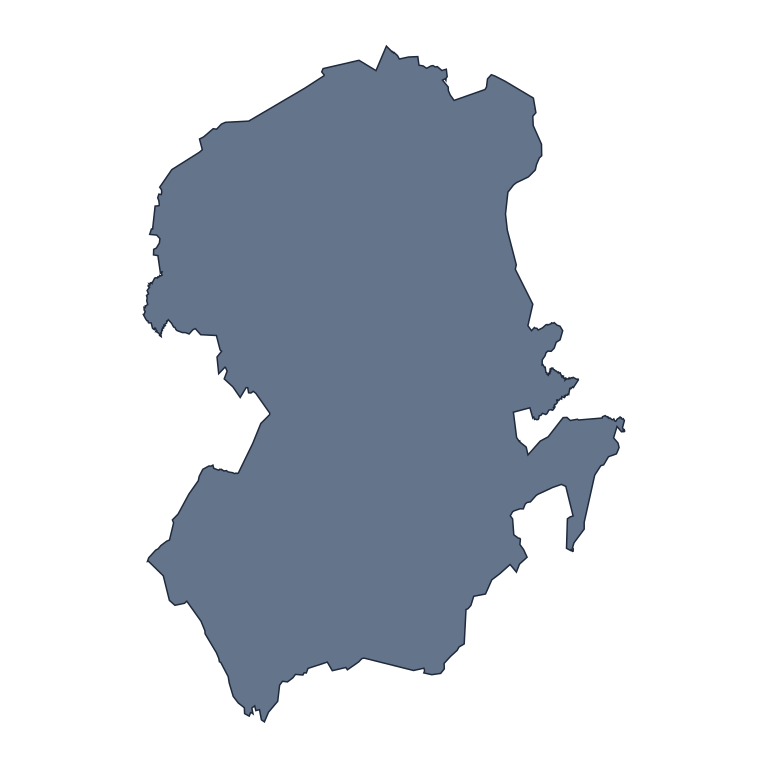 Zvārdes pag., Saldus, Latvia (Robinson projection), rotated 270°
{"feature_id": "27541924B82314272532739", "entity_name": "Zvārdes pag.", "entity_type": "district", "adm_level": 2, "iso_a3": "LVA", "parent_name": "Latvia", "parent_adm1": "Saldus", "projection": "robinson", "projection_center": [22.598, 56.546], "detail": "fine", "context": "isolated", "style": "filled", "palette": "slate", "viewbox_px": 768, "rotation_deg": 270, "n_neighbors": 0, "source": "geoboundaries", "source_scale": "gbopen_adm2", "svg_char_len": 6122}
<svg xmlns="http://www.w3.org/2000/svg" viewBox="0 0 768 768"><g transform="rotate(270 384 384)"><path d="M699.4,323.1L696.1,321.7L693.0,324.2L692.2,323.9L679.9,304.9L646.9,248.7L645.7,225.5L643.9,221.4L638.8,216.6L639.3,213.2L631.0,203.5L629.0,199.5L618.3,202.3L615.7,199.3L598.4,171.8L580.8,159.7L578.2,161.5L575.7,161.7L573.4,161.2L573.9,158.9L570.2,157.7L567.5,158.8L563.2,159.3L562.3,159.0L561.9,155.1L538.9,152.6L539.0,151.4L533.6,149.7L532.9,156.7L529.4,159.9L525.0,159.4L519.9,156.3L518.7,153.7L513.1,153.5L512.4,157.9L495.0,160.4L496.7,162.5L494.8,161.5L492.7,162.0L492.0,160.3L492.5,159.7L490.9,158.8L491.2,157.9L490.0,157.4L490.3,155.7L489.8,154.6L485.9,152.6L485.4,151.6L484.6,151.9L485.2,150.4L483.9,150.0L484.2,149.1L483.0,149.8L482.6,148.2L481.5,148.3L480.7,149.5L477.5,147.1L474.2,148.5L472.5,146.5L470.1,147.2L467.2,146.7L463.7,147.7L462.1,146.0L462.2,145.3L460.5,145.2L460.8,144.0L457.8,144.2L456.6,145.2L453.9,144.2L453.6,143.3L449.4,145.5L447.3,146.9L447.2,147.8L445.2,148.5L445.0,151.2L439.7,152.5L438.4,154.2L439.9,154.7L439.8,155.4L437.8,156.2L436.6,155.8L437.0,156.9L435.7,157.0L435.0,158.5L433.7,159.6L432.6,159.5L431.4,161.2L433.9,160.8L434.6,161.4L435.4,161.0L435.9,161.6L437.8,161.7L437.7,162.4L439.3,162.3L439.8,163.3L440.5,162.9L440.4,163.7L442.2,163.9L441.9,164.6L442.4,165.3L443.4,164.4L444.9,166.6L446.8,166.7L446.6,167.2L448.3,168.3L444.7,171.6L441.0,173.6L440.7,174.8L438.4,176.0L437.4,177.1L435.4,182.5L435.4,185.5L434.0,189.1L438.2,192.8L439.4,195.3L433.3,200.7L432.5,216.4L418.1,220.1L416.7,221.6L411.0,217.0L394.3,218.7L400.8,225.0L400.6,225.5L396.8,227.1L389.1,224.2L381.1,232.9L370.5,240.2L380.4,246.1L380.3,247.7L375.2,248.6L375.0,251.0L376.7,253.2L374.7,255.8L354.8,269.8L353.3,269.6L344.5,260.8L324.5,252.7L295.1,238.4L294.5,237.3L294.9,236.1L294.4,234.5L295.3,232.7L296.1,228.1L297.4,226.4L297.0,223.9L298.6,221.6L298.3,221.4L298.8,219.8L297.8,218.7L299.7,213.8L302.9,212.9L301.9,211.1L302.0,208.9L298.7,202.8L291.7,199.2L287.3,198.3L274.1,189.0L253.8,178.0L248.1,172.4L245.1,173.6L228.0,169.5L226.9,166.8L222.4,160.8L219.2,158.2L217.9,155.7L210.2,148.7L206.5,147.4L206.7,148.5L192.2,163.3L167.6,169.4L162.7,174.9L164.7,184.5L166.8,186.8L146.8,201.0L137.3,204.9L134.2,205.1L115.3,216.4L109.8,218.7L106.3,219.4L105.5,220.8L91.4,228.2L85.1,229.2L71.6,233.2L65.0,238.3L60.3,244.3L54.4,244.6L51.9,249.2L55.4,250.6L55.6,251.1L54.2,253.0L59.5,251.9L60.3,252.2L62.1,254.7L57.4,255.8L58.3,259.5L48.2,261.4L46.1,264.4L55.8,268.5L66.7,277.7L82.8,279.6L86.7,282.5L86.1,287.5L90.1,292.8L93.6,295.5L93.0,302.9L95.3,304.2L95.0,306.3L99.6,308.0L105.9,327.3L97.3,332.3L100.5,345.8L98.2,347.4L106.1,358.7L109.4,361.8L109.9,364.1L97.5,413.6L99.8,423.9L97.3,424.6L95.1,423.8L93.3,431.7L94.6,440.7L99.1,444.3L104.6,444.1L111.6,450.5L117.6,457.1L121.0,459.0L124.1,464.2L158.5,466.0L159.2,467.9L162.6,470.9L171.7,473.7L174.0,485.5L188.2,491.8L194.2,499.7L203.5,510.1L195.9,516.4L203.9,519.5L210.8,527.1L218.4,523.6L223.5,519.9L228.7,520.4L229.6,519.9L229.9,518.3L233.2,513.8L249.1,512.6L252.2,510.3L256.1,512.5L257.0,513.7L259.2,520.0L259.1,523.3L263.9,525.2L265.5,527.0L266.1,530.4L272.5,536.1L273.7,537.9L280.5,552.5L283.6,561.4L281.6,565.8L252.0,573.1L251.2,570.3L249.2,567.4L219.7,566.5L217.4,570.8L219.2,571.4L217.7,571.6L216.6,572.5L216.9,573.2L219.5,573.2L220.3,572.5L225.2,574.0L238.9,584.2L245.7,584.2L292.8,594.7L302.3,600.8L303.1,603.6L311.3,608.5L314.1,616.4L317.0,617.7L320.5,619.1L325.0,618.0L330.1,613.6L341.5,617.0L336.2,621.5L336.4,623.0L337.4,623.2L336.3,624.0L336.9,624.7L338.5,624.2L339.2,622.9L340.3,622.5L347.4,624.4L349.2,623.3L348.8,622.8L349.1,621.8L350.1,621.5L351.0,620.1L350.0,619.8L350.1,619.0L349.0,617.3L346.7,615.8L347.0,614.8L349.1,613.8L348.3,612.9L348.4,611.8L349.9,610.3L349.7,609.7L350.5,608.7L350.0,608.3L351.3,607.7L351.3,606.5L352.4,605.2L351.3,602.5L350.0,602.2L348.0,578.5L348.8,577.5L347.5,570.3L350.6,566.9L350.4,563.1L331.1,548.1L326.9,540.2L313.1,528.0L320.9,526.2L325.8,520.1L327.1,519.7L326.7,519.1L330.5,516.6L355.8,513.4L360.2,529.9L350.3,532.7L351.1,533.1L351.0,533.7L348.6,534.5L349.0,535.3L348.3,536.8L348.5,538.1L349.5,538.8L352.1,539.1L352.8,541.1L354.7,542.4L353.5,545.8L354.6,547.1L357.9,548.9L358.4,551.2L357.7,552.1L357.9,552.8L359.7,554.2L360.4,553.6L361.0,555.0L361.9,554.8L361.5,554.5L361.9,554.1L363.6,554.7L363.8,555.9L365.5,557.4L367.9,556.7L368.2,557.5L367.3,558.6L369.1,560.1L369.5,560.8L369.0,561.6L371.4,561.8L370.4,564.4L371.2,565.0L372.1,564.6L372.1,565.4L372.8,565.5L372.7,567.1L374.0,568.0L373.5,568.7L379.6,569.8L379.9,570.3L379.3,570.9L381.2,572.7L380.5,573.4L388.1,578.4L389.0,578.0L388.7,576.7L390.7,573.1L390.0,572.3L390.3,571.2L389.2,569.9L390.2,569.1L389.0,568.2L389.2,566.7L388.0,565.2L389.9,565.8L390.1,565.0L389.3,564.5L390.2,563.2L391.9,563.5L392.2,562.2L391.4,561.8L395.2,560.2L394.9,559.5L395.9,558.6L395.2,558.1L397.0,556.3L397.1,555.3L398.2,554.5L398.5,553.5L399.9,552.8L399.4,552.2L399.8,551.5L398.9,551.2L399.4,550.7L398.9,550.0L396.9,550.6L396.8,549.7L395.1,550.2L394.3,549.7L395.0,549.0L394.7,548.6L392.8,548.3L393.8,547.0L395.4,546.8L395.6,545.9L400.8,545.2L400.7,544.5L403.5,542.8L403.1,542.1L408.2,542.3L412.1,545.0L415.2,546.0L416.9,547.9L416.7,551.2L419.8,554.2L425.7,556.2L428.2,560.1L437.3,562.7L441.8,560.0L442.9,557.0L445.4,554.2L444.7,553.2L445.2,551.6L444.2,550.9L443.0,547.6L443.5,547.1L443.2,545.9L440.2,542.6L438.0,538.2L439.7,536.9L439.8,535.2L440.5,534.4L437.3,531.5L442.3,527.9L463.8,532.8L498.7,515.3L503.2,516.3L537.9,507.3L554.0,505.5L575.8,507.9L583.0,513.5L585.3,516.4L591.1,528.4L598.0,535.3L603.4,536.5L610.0,539.3L612.3,541.7L623.8,541.5L642.5,533.2L651.8,532.8L655.3,535.9L669.9,533.4L686.7,505.2L691.9,495.1L693.3,491.3L689.1,487.5L681.0,486.5L678.5,485.0L667.6,454.1L673.0,450.2L677.3,448.4L681.0,448.2L687.9,442.5L689.2,445.0L687.7,445.9L689.9,446.1L691.3,447.2L698.8,446.3L697.5,441.9L701.4,437.3L701.0,435.4L702.4,433.0L702.1,431.1L699.7,426.6L702.1,423.1L702.8,419.0L711.4,417.8L711.0,408.6L709.0,399.3L712.4,397.5L715.6,394.0L715.0,393.7L716.6,392.1L716.3,391.9L721.9,386.4L697.4,376.0L707.7,359.0L699.4,323.1Z" fill="#64748b" stroke="#1e293b" stroke-width="1.5"/></g></svg>